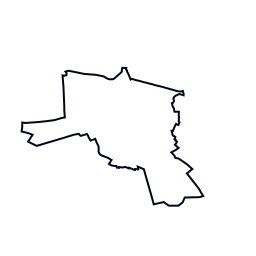 outline of Maiduguri, Borno, Nigeria, rotated 296°
{"feature_id": "59680162B20780696540875", "entity_name": "Maiduguri", "entity_type": "district", "adm_level": 2, "iso_a3": "NGA", "parent_name": "Nigeria", "parent_adm1": "Borno", "projection": "robinson", "projection_center": [13.133, 11.834], "detail": "fine", "context": "isolated", "style": "outline", "palette": "ink", "viewbox_px": 256, "rotation_deg": 296, "n_neighbors": 0, "source": "geoboundaries", "source_scale": "gbopen_adm2", "svg_char_len": 2702}
<svg xmlns="http://www.w3.org/2000/svg" viewBox="0 0 256 256"><g transform="rotate(296 128 128)"><path d="M87.4,126.6L87.2,128.0L87.1,128.8L87.2,129.9L87.3,130.4L88.4,133.6L88.7,134.4L88.2,134.7L87.5,135.4L87.8,136.1L88.2,137.3L88.9,137.0L89.5,138.7L89.6,139.0L89.8,139.4L89.9,139.6L90.1,140.5L91.8,142.5L91.9,143.6L92.1,146.4L92.7,146.3L92.9,148.2L93.1,149.6L93.0,150.6L93.0,151.0L93.0,151.4L93.1,152.0L93.4,152.7L94.3,152.4L94.4,152.6L94.6,153.3L95.1,154.9L95.3,155.3L95.8,155.0L96.3,154.7L96.6,154.5L96.8,154.3L97.6,153.7L97.7,155.9L97.9,160.3L75.2,180.7L70.7,184.6L77.1,192.6L76.1,198.7L80.3,207.4L85.1,209.7L90.4,209.5L97.2,222.6L99.8,225.4L102.5,221.2L104.7,218.0L108.8,209.5L113.0,200.8L119.3,203.8L121.2,197.0L122.3,190.1L122.7,186.7L121.9,183.6L123.1,182.3L123.6,181.4L124.3,179.8L124.7,178.8L125.1,177.6L126.9,178.9L129.5,180.8L132.3,182.2L132.4,181.3L133.1,179.2L133.5,177.5L134.9,177.9L135.9,178.0L137.1,178.1L137.7,175.9L138.3,176.0L138.4,175.7L138.5,174.6L139.2,174.5L140.3,174.5L140.7,174.5L140.8,173.9L140.9,172.7L140.9,171.9L141.3,171.1L143.6,169.4L144.6,168.4L145.2,169.7L147.1,169.5L148.7,169.4L150.3,169.3L152.7,169.4L152.7,171.3L152.8,172.0L153.9,171.9L154.4,171.8L155.7,171.8L156.0,170.8L156.9,170.4L157.8,170.2L158.8,169.4L160.3,169.1L161.2,168.2L162.7,167.6L164.9,166.6L164.2,165.1L163.0,162.7L164.6,161.4L165.7,160.8L166.9,158.8L169.5,156.6L170.3,157.4L171.3,157.5L171.9,157.5L172.8,157.3L174.3,156.0L175.1,155.7L175.7,155.7L176.5,156.1L177.5,156.4L178.6,157.2L179.7,158.1L180.5,158.7L181.1,159.5L181.8,163.6L183.0,163.1L184.1,162.1L185.3,161.1L184.8,160.6L183.8,159.1L183.3,157.9L182.8,156.4L181.9,151.4L180.7,144.6L180.0,140.6L178.3,133.1L178.1,131.1L177.3,127.9L177.3,127.6L176.8,125.0L176.2,122.5L175.2,116.9L174.5,114.1L174.0,110.6L173.9,110.0L172.7,109.1L175.9,105.6L177.3,103.9L177.8,103.1L178.3,102.4L178.9,102.2L179.3,101.9L179.7,100.7L180.2,100.3L181.2,100.1L180.4,98.5L179.7,96.6L179.2,96.6L177.8,96.9L176.3,97.6L175.7,97.7L173.7,97.0L171.8,96.2L168.7,94.9L167.0,94.2L165.6,93.4L165.2,93.0L163.8,90.4L163.4,88.4L163.4,86.7L163.7,83.6L161.8,76.0L157.5,65.2L153.4,49.5L151.3,47.1L150.7,48.3L150.1,48.8L149.6,49.1L148.4,49.5L148.0,48.7L147.0,47.8L146.6,46.1L135.9,52.4L119.2,61.4L115.3,63.3L109.9,66.6L108.0,64.2L102.7,58.2L98.5,51.9L94.0,44.7L87.4,33.3L86.6,30.6L82.0,32.7L78.2,33.9L79.1,37.8L79.8,41.5L80.0,45.2L71.9,44.2L71.9,53.8L91.3,74.9L98.5,82.6L101.2,86.3L100.7,87.1L100.4,88.0L100.3,88.8L100.7,89.6L104.6,93.7L103.7,95.3L102.4,96.7L100.3,99.8L101.8,101.3L103.9,103.3L101.4,105.9L98.9,109.3L95.9,111.1L93.8,111.9L92.2,113.8L91.8,116.9L92.4,123.2L92.0,127.1L91.8,127.0L89.5,127.0L88.1,126.8L87.4,126.6Z" fill="none" stroke="#020617" stroke-width="2"/></g></svg>